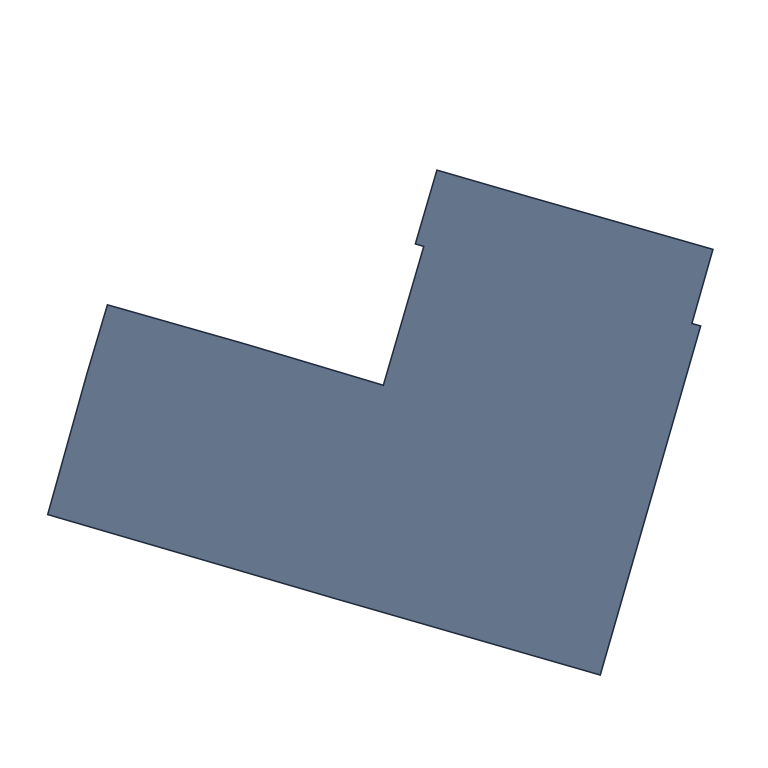 Finney, Kansas, United States of America, rotated 196°
{"feature_id": "52423323B35440057604027", "entity_name": "Finney", "entity_type": "district", "adm_level": 2, "iso_a3": "USA", "parent_name": "United States of America", "parent_adm1": "Kansas", "projection": "mercator", "projection_center": [-100.646, 38.0], "detail": "fine", "context": "isolated", "style": "filled", "palette": "slate", "viewbox_px": 768, "rotation_deg": 196, "n_neighbors": 0, "source": "geoboundaries", "source_scale": "gbopen_adm2", "svg_char_len": 373}
<svg xmlns="http://www.w3.org/2000/svg" viewBox="0 0 768 768"><g transform="rotate(196 384 384)"><path d="M392.1,604.2L392.5,527.3L383.7,527.2L384.3,382.6L527.9,384.2L671.7,383.9L672.4,311.2L671.3,165.8L660.0,165.7L515.6,165.0L370.8,164.2L95.9,163.8L95.6,527.1L104.7,527.0L104.9,604.1L296.5,603.9L392.1,604.2Z" fill="#64748b" stroke="#1e293b" stroke-width="1.5"/></g></svg>